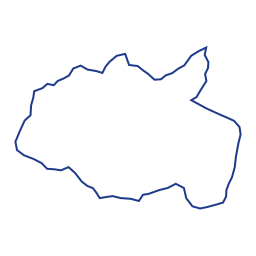 the district of Embu das Artes, São Paulo, Brazil
{"feature_id": "56859067B44512508198046", "entity_name": "Embu das Artes", "entity_type": "district", "adm_level": 2, "iso_a3": "BRA", "parent_name": "Brazil", "parent_adm1": "São Paulo", "projection": "robinson", "projection_center": [-46.849, -23.649], "detail": "fine", "context": "isolated", "style": "outline", "palette": "blue", "viewbox_px": 256, "rotation_deg": 0, "n_neighbors": 0, "source": "geoboundaries", "source_scale": "gbopen_adm2", "svg_char_len": 1150}
<svg xmlns="http://www.w3.org/2000/svg" viewBox="0 0 256 256"><path d="M61.1,170.3L68.5,167.1L75.1,173.0L81.7,181.5L87.3,185.9L93.0,188.2L96.5,192.9L99.7,198.1L105.6,197.1L112.6,196.1L120.7,198.1L130.8,198.8L138.9,201.0L142.9,194.8L148.8,193.8L154.2,191.9L159.5,190.0L167.6,188.0L175.8,183.8L183.9,188.0L186.2,198.1L192.4,206.3L200.1,208.5L206.9,207.1L216.2,204.6L223.0,202.6L226.1,196.5L226.4,190.2L228.8,183.6L232.0,177.2L234.7,167.4L235.9,157.0L237.4,148.5L238.7,142.0L240.6,134.5L239.5,127.0L234.0,120.8L226.1,117.2L219.3,114.3L212.0,111.0L205.8,108.1L191.3,100.2L196.6,97.0L200.8,89.8L206.4,81.0L205.1,74.1L208.0,68.0L208.4,62.1L204.7,55.0L206.2,47.5L198.3,51.4L191.2,55.8L184.3,65.4L178.2,68.7L172.3,73.1L165.7,75.4L160.9,79.3L154.5,79.7L148.0,73.8L143.4,70.6L137.6,66.0L129.1,65.0L125.2,53.9L116.7,55.8L109.5,61.8L105.6,66.6L102.4,72.9L96.0,71.0L87.6,69.6L80.6,65.6L73.3,68.5L69.0,75.5L63.1,78.7L57.7,81.0L53.8,85.2L47.4,83.9L42.3,88.2L34.2,91.2L33.3,97.6L31.1,105.4L30.5,115.3L24.7,120.5L20.1,130.5L15.4,141.7L17.0,150.1L24.0,155.3L33.6,159.0L41.7,163.2L47.1,168.8L54.4,169.3L61.1,170.3Z" fill="none" stroke="#1e3a8a" stroke-width="2"/></svg>